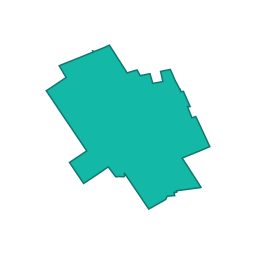 the district of Dor Marunt, Calarasi, Romania, rotated 236°
{"feature_id": "2599482B33848106941365", "entity_name": "Dor Marunt", "entity_type": "district", "adm_level": 2, "iso_a3": "ROU", "parent_name": "Romania", "parent_adm1": "Calarasi", "projection": "robinson", "projection_center": [27.015, 44.463], "detail": "fine", "context": "isolated", "style": "filled", "palette": "teal", "viewbox_px": 256, "rotation_deg": 236, "n_neighbors": 0, "source": "geoboundaries", "source_scale": "gbopen_adm2", "svg_char_len": 3775}
<svg xmlns="http://www.w3.org/2000/svg" viewBox="0 0 256 256"><g transform="rotate(236 128 128)"><path d="M152.9,195.8L153.9,193.2L154.9,191.1L155.5,189.5L155.9,188.6L156.7,186.6L155.8,186.3L154.7,185.9L153.7,185.5L153.0,185.2L152.0,184.8L151.0,184.4L150.1,184.1L148.8,183.6L147.8,183.2L147.0,182.9L147.3,182.3L147.7,181.2L150.1,175.8L151.2,173.4L151.5,173.5L152.1,173.8L153.7,174.3L154.2,174.5L155.5,174.9L156.8,175.3L157.7,175.6L158.7,175.9L159.9,176.3L160.4,176.5L160.8,176.6L161.2,175.6L162.3,172.9L164.0,168.7L164.5,167.4L165.1,167.5L165.6,167.5L166.5,167.6L167.7,167.7L169.2,167.8L171.1,167.9L171.5,166.5L171.5,166.4L171.7,166.2L172.4,163.7L172.6,163.3L173.2,161.2L173.5,160.5L173.7,159.7L174.0,158.1L181.3,158.3L192.0,158.5L197.4,158.7L203.2,158.8L203.3,158.8L203.9,158.8L205.1,158.8L206.0,158.8L206.5,158.9L206.8,158.9L207.1,158.9L207.2,158.5L207.3,157.7L207.4,156.7L207.6,156.1L207.7,155.3L207.9,153.7L209.4,146.8L210.4,142.1L210.5,142.0L210.8,142.0L211.4,142.1L211.6,142.1L211.7,141.9L210.5,141.8L210.4,141.7L210.7,140.3L212.2,133.3L213.8,125.7L214.0,125.0L214.2,123.9L214.4,123.1L214.6,122.0L214.8,120.9L215.0,120.0L215.1,119.6L215.8,116.4L216.4,114.0L217.0,111.0L217.9,106.9L218.1,105.8L217.1,105.7L216.6,105.7L214.6,105.6L213.5,105.5L212.4,105.5L211.3,105.4L209.7,105.2L208.5,105.1L207.4,105.1L206.7,105.1L205.1,105.1L204.5,105.1L204.5,104.9L204.5,104.7L204.5,104.1L204.5,103.2L204.5,102.7L204.5,102.3L204.5,101.8L204.5,100.8L204.5,100.3L204.5,99.3L204.5,98.8L204.5,98.3L204.5,97.8L204.5,97.3L204.5,96.4L204.5,95.7L204.5,95.3L204.5,94.8L204.5,94.4L204.5,93.0L204.5,91.6L204.5,90.9L204.5,89.4L204.5,87.9L204.5,86.8L204.5,84.8L204.6,82.6L204.6,81.1L201.8,81.1L199.5,81.0L196.2,81.1L193.3,81.1L191.6,81.1L189.9,81.0L187.0,81.1L184.0,81.0L181.6,81.0L179.2,81.0L175.4,81.0L173.4,81.0L172.5,81.0L171.9,81.0L170.7,81.0L170.3,81.0L169.2,81.0L168.9,81.0L166.8,81.0L166.6,81.0L165.3,81.0L164.5,81.0L164.1,81.0L157.6,81.0L157.1,81.0L156.7,81.0L156.0,81.0L155.7,81.0L153.1,81.0L151.4,81.0L151.2,81.0L148.5,81.0L141.6,81.0L138.4,81.0L135.9,81.0L133.5,81.0L132.1,81.0L132.1,80.7L132.1,78.3L132.1,77.2L132.1,76.9L132.1,74.2L132.1,73.8L132.1,73.0L132.2,60.2L131.2,60.2L130.8,60.2L128.5,60.2L126.7,60.2L124.9,60.2L123.4,60.2L122.3,60.2L120.6,60.2L119.1,60.2L116.9,60.2L116.7,60.2L115.5,60.2L114.7,60.2L113.7,60.2L111.8,60.2L110.3,60.2L110.1,60.2L109.1,60.2L108.3,60.2L106.8,60.2L106.8,63.9L106.7,72.4L106.7,79.8L106.7,81.1L106.7,84.5L106.8,87.9L106.8,89.9L100.9,90.2L95.0,90.5L94.5,90.5L93.8,91.3L93.6,91.7L93.5,92.0L93.1,93.1L92.5,93.8L91.0,95.7L90.1,96.9L89.9,97.4L90.1,98.3L90.7,98.7L91.4,98.9L92.1,99.3L92.2,99.5L92.2,99.8L73.4,99.9L61.4,99.9L49.2,99.9L48.6,107.2L47.7,119.3L48.0,119.9L48.7,121.1L49.2,121.7L49.3,121.9L49.4,122.2L49.5,122.4L49.4,122.6L48.5,124.1L47.1,126.7L45.8,128.9L48.8,130.1L48.1,131.1L47.7,132.0L48.1,132.2L47.9,132.6L48.2,132.7L48.0,133.0L48.8,133.3L48.5,133.8L47.8,135.2L46.4,138.1L45.0,140.8L42.4,146.1L41.6,147.7L37.9,155.1L37.9,155.3L39.2,155.4L41.0,155.4L41.5,155.4L42.0,155.5L43.1,155.5L44.2,155.5L45.2,155.6L46.1,155.6L46.7,155.6L47.2,155.6L48.2,155.6L58.2,155.8L63.6,156.0L66.9,156.0L69.8,156.0L72.7,156.0L72.5,157.4L72.3,158.3L72.0,159.7L71.9,160.3L71.8,160.8L70.9,165.4L70.7,166.3L70.2,168.1L70.2,168.3L70.2,168.6L69.9,169.9L69.6,171.3L69.2,173.2L68.9,174.5L68.7,175.5L68.5,176.7L68.4,177.1L68.3,177.7L68.1,178.7L67.9,179.8L67.1,183.9L67.0,184.5L66.8,185.4L71.3,186.1L81.0,187.7L99.7,190.6L100.4,187.5L100.7,187.1L100.8,186.7L112.5,189.3L111.3,190.8L111.1,191.0L111.0,191.5L118.4,192.8L122.8,193.6L127.4,194.4L128.6,192.1L130.9,193.0L131.2,192.6L132.3,192.7L133.3,192.8L133.5,192.8L134.3,193.0L135.8,193.1L136.6,193.2L137.7,193.3L140.7,193.6L141.4,193.7L147.1,194.8L152.9,195.8Z" fill="#14b8a6" stroke="#0f766e" stroke-width="1.5"/></g></svg>